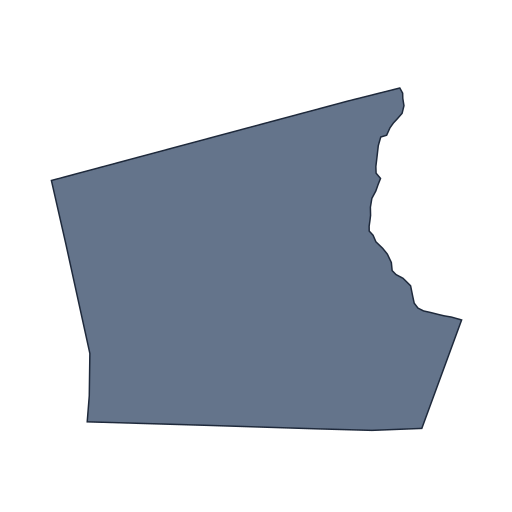 Alto Alegre do Maranhão, Maranhão, Brazil (Natural Earth projection), rotated 275°
{"feature_id": "56859067B93761697279907", "entity_name": "Alto Alegre do Maranhão", "entity_type": "district", "adm_level": 2, "iso_a3": "BRA", "parent_name": "Brazil", "parent_adm1": "Maranhão", "projection": "natural_earth1", "projection_center": [-44.362, -4.21], "detail": "fine", "context": "isolated", "style": "filled", "palette": "slate", "viewbox_px": 512, "rotation_deg": 275, "n_neighbors": 0, "source": "geoboundaries", "source_scale": "gbopen_adm2", "svg_char_len": 810}
<svg xmlns="http://www.w3.org/2000/svg" viewBox="0 0 512 512"><g transform="rotate(275 256 256)"><path d="M435.9,384.6L418.3,333.8L357.0,165.4L313.4,45.6L251.5,65.5L144.4,99.0L102.1,102.1L76.1,102.3L83.0,221.3L88.7,323.9L89.2,332.9L92.4,386.7L98.7,436.2L210.2,466.4L212.2,456.0L212.8,448.6L213.6,443.1L214.9,435.1L215.9,427.6L218.2,421.9L222.8,417.7L229.6,415.6L239.8,412.6L246.6,404.4L249.7,397.1L253.3,392.9L261.3,391.4L269.3,386.7L274.7,381.5L280.6,374.2L286.9,370.8L290.7,366.6L295.6,366.1L301.0,366.4L306.4,366.6L314.6,365.7L323.5,366.4L331.2,369.7L337.8,371.4L344.1,373.3L349.0,368.4L355.6,367.6L365.3,367.9L376.6,368.2L385.4,369.9L387.7,375.6L395.4,378.3L400.5,381.3L404.7,384.6L410.9,389.1L418.6,390.3L425.8,388.5L431.0,387.9L435.9,384.6Z" fill="#64748b" stroke="#1e293b" stroke-width="1.5"/></g></svg>